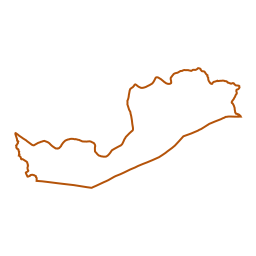 Goudomp, Sédhiou, Senegal (Mercator projection)
{"feature_id": "50182788B48951494587639", "entity_name": "Goudomp", "entity_type": "district", "adm_level": 2, "iso_a3": "SEN", "parent_name": "Senegal", "parent_adm1": "Sédhiou", "projection": "mercator", "projection_center": [-15.551, 12.644], "detail": "fine", "context": "isolated", "style": "outline", "palette": "amber", "viewbox_px": 256, "rotation_deg": 0, "n_neighbors": 0, "source": "geoboundaries", "source_scale": "gbopen_adm2", "svg_char_len": 5712}
<svg xmlns="http://www.w3.org/2000/svg" viewBox="0 0 256 256"><path d="M239.3,86.1L238.8,85.7L238.2,85.6L235.9,85.4L235.5,85.2L234.6,84.4L234.2,84.1L234.1,83.7L233.7,83.3L233.0,83.1L232.7,83.1L232.2,83.3L231.8,83.5L231.4,83.5L231.0,83.7L230.6,83.4L230.0,83.3L229.5,83.2L229.0,82.9L228.0,82.7L227.9,82.4L227.5,82.2L227.4,82.2L227.1,81.7L226.4,81.3L225.7,81.1L224.8,81.1L224.2,80.8L222.9,80.6L221.2,80.8L220.7,80.8L220.2,80.8L217.9,81.1L217.3,80.7L216.8,81.0L214.6,81.7L213.7,81.9L213.0,82.5L212.6,82.9L212.4,83.2L212.3,83.6L212.0,83.9L211.6,83.9L211.2,83.8L210.2,83.1L210.0,82.7L209.1,81.5L208.5,80.3L208.2,78.9L208.2,77.7L207.4,76.5L207.4,76.0L207.5,75.5L207.4,75.1L206.9,74.9L206.0,73.9L204.6,71.8L203.9,71.4L202.9,71.3L202.1,71.2L201.7,71.0L201.0,70.1L200.7,69.8L200.6,69.2L200.4,68.9L200.0,68.6L199.3,68.4L198.6,68.2L198.0,68.2L197.1,69.1L195.8,69.8L195.3,69.9L193.6,69.8L192.8,69.9L191.8,70.6L191.1,70.9L190.7,70.7L188.9,70.4L188.5,70.2L187.9,70.1L186.0,70.1L184.9,70.1L184.3,70.0L183.2,70.3L182.1,70.9L180.5,71.0L177.6,72.7L177.2,72.8L176.1,73.0L174.8,73.4L173.7,74.0L172.7,75.3L172.3,75.7L171.8,76.5L171.6,76.8L171.2,77.1L170.7,78.0L170.7,78.4L170.7,79.3L171.1,81.1L171.2,82.8L171.0,83.2L170.7,83.3L170.3,83.6L169.8,83.8L168.5,83.9L167.7,83.8L166.3,83.3L165.7,83.0L165.3,82.6L164.4,82.1L163.4,81.2L160.7,79.0L159.9,78.6L158.5,77.7L157.8,77.4L157.2,77.3L156.4,77.3L155.7,77.7L155.4,78.3L154.2,80.7L153.5,81.9L152.6,83.1L151.7,83.9L150.7,84.4L149.6,85.1L148.9,85.4L147.1,86.3L146.0,86.9L144.6,87.4L143.0,87.8L142.2,87.9L141.1,87.9L140.7,87.7L139.1,87.0L137.8,86.2L137.1,85.6L136.1,84.8L135.2,84.4L134.5,84.9L133.8,86.1L133.3,86.5L133.0,87.0L131.8,87.8L131.3,88.2L130.7,88.6L130.2,89.1L130.0,89.7L129.7,90.5L129.0,94.3L128.8,95.3L128.8,96.0L128.6,96.9L128.5,97.7L128.1,99.1L127.7,100.2L127.4,100.8L127.5,102.9L127.4,104.3L127.5,104.8L127.8,105.4L127.9,106.0L128.2,106.7L128.4,107.6L128.7,108.3L129.0,109.5L130.3,111.9L130.6,113.9L130.8,114.5L131.2,116.1L131.9,120.3L132.3,123.9L132.9,127.5L133.0,128.8L133.0,129.3L132.8,130.1L132.5,130.6L131.5,131.4L129.3,133.4L125.9,136.9L125.5,137.5L125.2,138.2L124.4,139.3L124.0,140.2L123.7,141.0L122.7,143.1L122.1,144.2L121.7,144.6L120.6,145.6L120.2,145.7L117.7,147.0L114.4,148.8L111.9,150.3L110.2,152.8L108.9,154.4L107.7,155.6L106.3,156.5L105.2,156.7L104.4,156.7L103.6,156.7L102.7,156.5L101.0,156.3L100.2,155.9L99.0,155.6L98.6,155.3L97.9,154.7L97.0,153.8L96.7,153.3L95.7,152.3L95.0,151.4L94.9,148.9L94.9,147.6L95.0,147.3L95.0,146.8L95.2,146.4L95.2,145.7L95.1,145.4L95.0,144.9L94.5,144.0L94.1,143.3L92.9,142.6L91.6,142.0L90.9,141.6L89.7,141.3L88.7,141.4L88.0,141.4L86.8,141.6L84.9,141.5L83.7,141.5L82.3,141.4L81.5,141.0L80.0,140.4L79.4,140.0L77.6,139.7L76.9,139.4L76.3,139.3L75.5,139.1L75.0,139.3L73.2,138.9L72.2,138.9L71.3,138.8L69.9,139.0L68.9,139.4L68.1,139.4L67.6,139.7L66.5,140.0L66.0,140.3L65.3,140.6L63.8,142.0L63.0,142.9L62.5,143.6L62.1,144.1L61.9,144.6L61.4,145.1L61.1,146.0L60.3,146.9L59.1,148.1L58.5,148.3L57.8,148.6L57.4,148.4L56.9,148.5L55.6,148.4L55.2,148.0L54.6,147.8L54.1,147.4L53.8,147.1L53.2,146.8L52.6,146.3L51.9,145.8L50.2,144.2L49.6,143.5L49.0,143.0L48.5,142.7L47.8,142.2L44.4,140.9L43.2,141.1L41.9,141.6L40.7,141.9L39.9,142.3L38.1,142.9L33.9,145.3L33.6,145.3L33.0,145.2L32.1,144.9L27.2,141.3L26.6,140.8L26.2,140.4L23.0,138.4L22.2,137.8L20.6,136.7L19.1,135.7L18.1,134.8L15.7,133.1L15.4,133.3L15.4,133.6L15.4,134.1L15.8,135.4L16.1,136.3L17.0,139.1L17.1,139.9L17.1,140.4L17.4,141.0L17.7,141.0L17.8,141.0L18.1,141.2L18.3,141.5L17.9,142.0L17.8,142.4L17.8,142.6L18.0,142.9L18.0,143.0L17.6,143.6L17.2,144.0L17.0,144.7L16.5,145.1L16.1,145.5L16.2,146.0L16.4,146.4L16.4,147.0L16.3,147.3L16.3,147.5L16.4,147.8L16.8,148.1L17.0,148.7L18.2,149.2L18.6,150.1L18.5,150.7L19.0,151.6L19.2,151.8L19.1,152.1L19.0,152.4L19.0,152.7L19.1,153.2L19.1,153.9L19.0,154.6L18.9,155.2L19.3,155.1L19.2,155.5L19.5,156.1L20.4,156.8L20.8,157.6L20.9,158.0L21.0,158.7L21.2,159.1L21.6,159.3L22.1,159.1L22.7,159.2L24.5,160.3L25.5,161.0L26.4,161.5L27.2,162.3L27.2,162.7L27.3,163.1L27.8,164.3L27.7,164.5L27.9,165.1L27.8,165.6L28.0,165.9L27.9,166.1L27.7,166.9L27.5,167.4L27.5,168.2L27.6,169.1L27.9,169.9L28.3,170.7L28.2,171.0L27.9,171.3L27.6,171.5L26.8,172.0L26.0,172.4L25.8,172.7L25.9,173.1L26.4,174.3L27.2,175.9L27.4,176.5L27.5,176.6L28.1,176.6L29.0,176.2L29.9,175.9L30.1,175.4L30.6,175.2L30.8,175.0L31.1,175.0L31.9,174.8L32.5,174.8L33.0,174.9L33.5,175.1L34.0,175.1L34.3,175.4L35.8,176.1L36.0,177.2L36.5,177.6L36.7,178.7L36.6,179.2L36.7,179.8L36.6,180.9L37.9,181.0L42.1,181.3L49.5,182.2L59.0,183.4L68.5,184.5L73.8,185.1L87.0,187.2L91.4,187.8L91.9,187.7L93.3,187.0L95.9,185.9L104.0,182.1L106.1,181.2L108.4,180.1L114.2,176.8L115.6,176.1L120.4,174.2L124.3,172.4L130.2,169.5L135.0,167.5L138.0,166.0L142.8,164.0L147.0,162.4L152.5,160.1L159.0,157.2L162.1,155.2L165.5,152.9L167.1,151.6L169.0,150.2L172.0,148.0L174.9,145.6L178.8,141.4L183.4,136.3L191.2,133.5L198.0,130.6L199.1,129.9L201.2,129.0L209.4,123.8L210.7,123.3L214.7,121.6L220.9,119.2L222.9,118.2L224.3,117.7L225.6,116.9L227.1,116.8L227.9,116.6L229.7,116.5L235.6,116.7L240.6,116.6L240.4,116.3L240.2,116.2L240.4,116.0L240.2,115.8L239.5,115.1L239.1,115.0L239.1,114.7L238.4,114.4L238.0,114.4L238.0,114.2L237.1,113.9L236.3,113.9L235.8,113.5L235.8,113.2L235.2,112.4L235.1,112.0L235.1,111.3L234.7,109.5L234.7,108.9L234.6,108.2L234.6,107.8L234.4,107.3L234.1,106.4L233.8,105.5L233.2,104.4L232.7,103.5L232.1,103.1L231.8,102.8L231.7,102.3L231.9,101.6L232.2,101.1L232.8,100.2L233.7,99.1L234.3,97.8L234.9,97.0L235.6,95.2L236.2,94.2L236.5,94.0L236.7,93.6L236.8,93.0L236.7,92.5L236.6,92.1L236.3,91.2L236.4,90.4L236.5,89.9L236.9,89.6L237.9,89.3L238.3,89.1L239.1,88.2L239.5,87.5L239.3,86.8L239.3,86.1Z" fill="none" stroke="#b45309" stroke-width="2"/></svg>